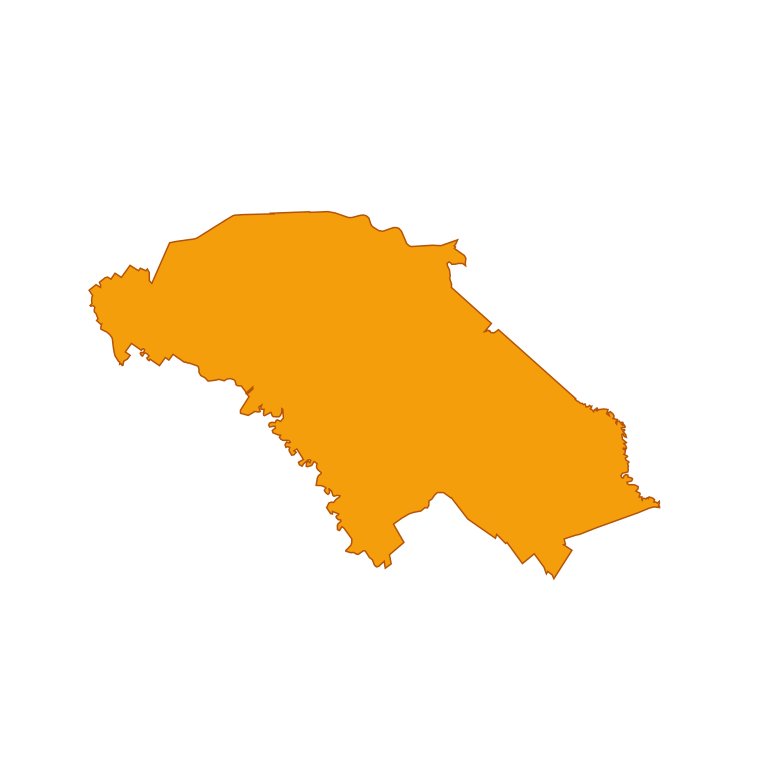 Chinameca, Veracruz, Mexico (Mercator projection), rotated 213°
{"feature_id": "50627088B80676997329582", "entity_name": "Chinameca", "entity_type": "district", "adm_level": 2, "iso_a3": "MEX", "parent_name": "Mexico", "parent_adm1": "Veracruz", "projection": "mercator", "projection_center": [-94.703, 18.06], "detail": "fine", "context": "isolated", "style": "filled", "palette": "amber", "viewbox_px": 768, "rotation_deg": 213, "n_neighbors": 0, "source": "geoboundaries", "source_scale": "gbopen_adm2", "svg_char_len": 6159}
<svg xmlns="http://www.w3.org/2000/svg" viewBox="0 0 768 768"><g transform="rotate(213 384 384)"><path d="M666.2,286.7L664.0,286.3L659.3,282.9L659.6,280.7L653.5,279.7L653.4,280.1L652.1,276.8L651.2,275.8L644.8,276.6L640.7,276.0L637.7,274.8L636.5,274.0L630.2,266.4L625.9,262.0L624.5,260.9L618.7,258.3L617.4,258.4L616.4,256.5L615.6,257.7L615.0,257.8L613.8,256.9L613.1,257.4L614.7,261.4L612.8,265.1L612.5,269.8L618.4,270.0L617.9,280.5L605.8,280.1L605.8,281.7L604.9,282.5L603.4,282.3L602.8,280.1L604.5,277.9L605.1,278.1L605.2,277.4L604.9,276.7L602.9,275.7L601.7,275.9L601.8,279.2L601.1,280.0L599.7,280.3L596.6,279.7L596.3,279.1L597.1,276.6L595.6,275.8L593.7,275.7L593.7,277.4L582.3,277.1L581.8,287.1L577.4,286.9L577.1,294.0L563.3,293.5L562.1,294.5L560.7,294.4L558.6,295.5L550.9,297.4L549.4,297.4L547.7,296.2L545.5,293.0L542.4,291.3L537.4,291.7L533.1,290.6L526.6,296.1L525.9,297.3L523.7,298.5L519.8,299.6L518.4,302.5L516.9,304.0L515.7,304.9L513.6,305.5L512.0,305.8L510.3,305.3L507.7,302.8L506.0,302.8L502.5,304.6L495.9,302.2L494.7,301.1L492.4,310.0L491.3,308.4L493.3,300.7L490.3,299.9L490.1,283.7L488.4,281.3L480.8,283.7L478.0,289.1L477.9,290.2L473.7,292.4L472.8,293.5L476.4,296.5L475.1,299.7L474.6,297.4L473.5,296.1L472.8,296.1L470.8,297.5L468.8,293.3L467.7,292.2L466.9,292.4L463.4,298.6L460.5,296.6L459.1,296.3L455.1,298.6L454.1,299.6L453.8,300.9L454.1,304.2L456.2,307.7L455.2,307.6L449.9,300.8L450.4,296.3L453.8,295.9L454.6,294.9L454.1,292.4L457.3,290.7L458.7,288.8L458.6,287.9L458.3,286.8L456.6,285.6L452.6,289.3L451.1,288.0L452.4,284.2L450.5,282.6L444.8,283.7L443.1,284.8L442.7,284.7L442.8,282.4L440.5,281.5L438.2,281.6L433.4,284.7L431.2,284.5L430.8,284.2L431.4,282.9L434.0,282.3L434.1,280.2L433.7,278.9L431.7,277.4L430.7,279.0L428.4,279.4L428.0,277.5L427.0,276.2L422.7,274.0L421.0,275.5L420.4,279.0L423.1,278.9L421.7,282.1L410.5,276.8L413.1,271.8L411.1,270.2L408.0,270.4L407.9,273.6L406.5,278.7L405.2,280.0L403.9,280.1L403.2,277.6L405.2,277.9L406.3,276.2L404.4,272.6L403.2,272.9L400.6,275.9L400.2,277.0L400.5,279.9L400.1,281.0L396.7,280.7L396.0,278.5L395.0,277.2L393.0,276.1L388.4,275.5L387.9,274.7L389.0,271.4L388.6,268.6L385.7,262.0L381.3,264.6L377.7,265.4L376.0,265.1L376.3,262.8L375.8,262.0L373.5,261.1L370.8,260.9L370.4,262.8L371.2,264.4L373.5,266.4L369.5,265.5L366.1,262.7L364.8,262.6L362.7,265.1L360.0,266.3L359.7,265.3L361.3,261.5L361.8,257.2L363.9,256.2L365.4,254.2L364.8,249.1L358.3,246.2L356.4,246.9L357.8,249.0L351.2,250.4L351.1,249.0L351.9,247.9L352.0,246.7L351.0,245.8L348.3,245.3L346.4,246.4L345.4,245.4L346.4,241.6L346.0,239.8L343.7,236.5L341.5,236.9L341.6,241.4L339.3,241.4L326.7,236.6L324.7,233.5L324.0,230.8L324.9,225.0L325.4,223.8L324.9,223.0L320.0,224.4L317.7,226.2L313.9,226.4L312.7,227.3L310.4,233.0L308.9,233.8L301.6,230.5L298.1,230.3L293.4,226.9L290.7,226.5L289.1,228.3L287.3,235.4L282.6,230.2L280.0,237.1L286.4,243.7L281.0,262.0L299.7,271.6L296.1,281.0L292.3,288.6L289.5,292.2L283.8,297.7L282.4,302.6L280.2,303.6L280.2,306.3L282.6,310.5L281.2,313.4L281.0,318.7L280.1,322.0L274.9,325.4L265.7,324.9L265.6,325.3L240.2,316.4L206.5,315.3L207.6,319.3L195.1,316.5L194.6,318.1L170.1,308.8L165.5,323.4L150.2,317.6L144.4,313.2L144.5,316.0L138.9,315.5L135.5,313.2L135.8,346.9L145.8,347.0L144.6,348.4L148.5,352.2L141.2,361.3L138.0,364.5L127.5,379.2L100.5,414.8L93.7,424.7L90.3,428.2L85.6,430.4L86.5,431.6L87.5,431.3L88.0,433.9L89.2,435.5L90.0,433.0L92.0,433.0L93.5,432.0L94.2,434.5L96.9,434.6L100.1,433.7L100.0,431.9L100.8,432.4L101.5,431.6L101.6,430.4L103.9,429.7L104.4,428.5L104.2,427.1L104.9,427.5L106.1,429.8L108.5,428.2L109.3,431.3L110.0,431.8L114.4,431.3L113.9,434.6L114.9,436.4L119.0,435.9L121.6,434.5L123.0,433.1L125.4,432.9L126.7,433.9L123.5,437.5L123.8,439.7L125.0,440.1L128.9,438.9L129.8,440.5L131.8,439.9L132.6,437.9L132.2,435.5L133.2,435.0L135.4,436.0L135.4,439.1L131.6,443.0L132.4,445.1L134.1,446.9L134.1,448.0L136.4,449.9L136.0,451.9L136.8,452.2L139.0,451.8L141.1,453.1L141.3,453.7L140.2,455.7L140.7,456.1L144.6,455.7L144.1,456.8L145.3,459.6L148.1,459.9L148.3,460.6L147.1,461.2L145.8,461.0L145.5,461.8L146.2,463.0L148.8,464.4L150.5,464.5L150.4,465.1L148.9,466.3L148.8,467.0L153.9,467.5L157.0,471.2L156.6,472.1L155.6,472.0L154.0,470.8L151.7,471.3L153.8,473.2L157.5,474.3L156.9,476.2L157.4,476.8L158.0,476.8L159.2,475.2L161.0,476.3L160.2,477.5L158.3,479.0L158.4,479.5L160.3,480.5L160.9,480.4L161.3,479.4L162.5,479.6L161.6,480.9L162.9,481.9L163.8,481.3L164.0,480.3L166.6,481.0L167.8,480.1L167.8,478.4L167.1,477.1L168.3,477.5L168.9,478.4L168.9,481.3L173.1,479.7L173.0,481.1L173.7,482.6L175.7,483.6L179.1,484.1L180.3,482.1L177.9,480.1L181.1,480.3L182.2,484.6L186.0,482.8L190.1,479.4L190.2,478.8L192.3,479.9L192.7,479.2L190.6,478.0L190.8,477.4L191.5,477.2L192.8,477.8L193.3,477.5L193.5,476.2L193.1,475.0L195.9,475.7L197.4,475.5L197.3,477.7L197.7,478.5L198.2,477.6L200.0,478.0L200.4,476.2L202.0,474.9L204.5,476.8L205.5,475.3L207.1,475.8L208.5,474.8L211.6,475.2L212.9,474.8L215.7,475.4L215.8,475.9L214.5,476.0L318.3,492.0L317.6,491.6L319.5,486.9L322.6,485.2L323.4,485.9L324.4,485.6L324.6,486.2L326.7,485.5L326.8,484.0L328.2,482.6L326.9,493.3L380.0,501.7L381.8,504.6L386.3,508.2L387.4,510.8L391.3,515.4L395.0,517.6L396.7,519.5L396.1,521.7L394.4,521.9L392.3,521.3L389.4,523.4L386.9,525.9L383.8,527.9L380.0,527.6L381.8,529.8L383.6,533.8L386.5,535.5L398.7,536.0L398.7,537.9L400.3,538.0L400.0,540.3L400.8,545.0L411.6,531.0L419.0,526.7L436.0,514.1L438.1,513.6L441.4,514.1L452.5,521.6L456.2,522.6L458.7,522.0L461.4,520.2L468.1,511.5L471.9,509.8L479.5,509.7L482.0,510.8L487.2,515.0L490.5,515.4L493.0,514.7L495.6,512.7L501.6,506.1L504.6,504.2L517.9,500.9L524.8,498.1L539.6,487.6L540.1,487.9L540.8,487.5L555.9,476.9L571.3,466.0L569.9,466.1L594.6,449.2L601.2,444.2L602.3,442.9L606.0,435.4L620.3,404.6L621.8,402.6L636.0,390.3L640.7,385.7L633.5,341.9L637.1,342.9L641.6,349.7L645.1,351.5L645.4,349.3L651.4,348.4L651.6,345.3L661.6,345.2L662.3,330.4L669.9,330.4L670.1,323.2L674.1,323.1L675.7,321.3L678.1,314.3L675.5,312.5L674.3,310.6L679.6,310.5L682.4,302.0L676.4,299.4L676.3,297.8L674.7,294.8L672.7,292.4L673.2,289.7L672.5,289.5L670.3,291.3L668.9,291.1L668.0,290.5L667.7,288.9L666.2,286.7Z" fill="#f59e0b" stroke="#b45309" stroke-width="1.5"/></g></svg>